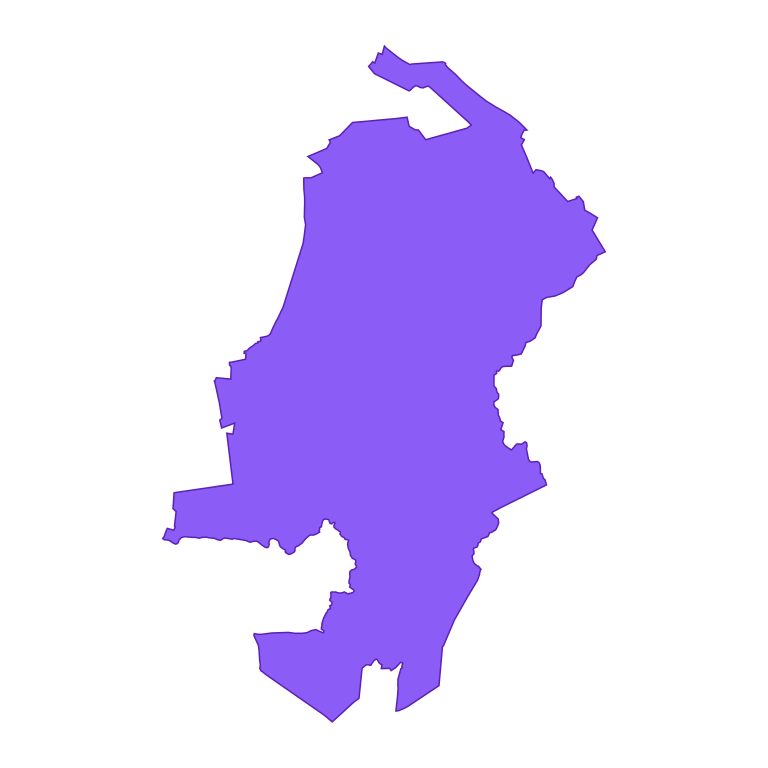 the district of Coroneo, Guanajuato, Mexico
{"feature_id": "50627088B99692357017309", "entity_name": "Coroneo", "entity_type": "district", "adm_level": 2, "iso_a3": "MEX", "parent_name": "Mexico", "parent_adm1": "Guanajuato", "projection": "albers", "projection_center": [-100.395, 20.217], "detail": "fine", "context": "isolated", "style": "filled", "palette": "violet", "viewbox_px": 768, "rotation_deg": 0, "n_neighbors": 0, "source": "geoboundaries", "source_scale": "gbopen_adm2", "svg_char_len": 6101}
<svg xmlns="http://www.w3.org/2000/svg" viewBox="0 0 768 768"><path d="M403.9,708.5L408.0,706.3L439.0,685.6L442.5,646.3L443.4,645.9L454.3,620.2L468.0,596.1L477.6,580.1L479.2,575.5L480.1,571.1L480.6,569.7L481.0,569.3L478.3,566.1L477.1,566.0L476.4,565.1L474.5,563.8L472.9,560.7L472.1,556.0L474.0,553.6L473.8,550.6L473.3,549.3L473.7,548.3L477.1,547.0L478.0,545.2L478.0,543.4L480.5,541.7L481.2,539.1L482.1,538.6L487.8,536.6L488.9,534.6L489.3,532.9L491.6,532.3L495.5,530.0L496.5,528.5L498.7,523.2L498.2,519.0L492.6,513.7L491.9,512.4L500.0,508.0L546.5,484.9L545.0,479.7L543.6,478.5L542.8,476.7L542.1,473.9L540.4,473.3L540.4,467.8L540.2,465.4L539.4,463.3L538.5,462.1L537.1,461.5L531.8,462.0L530.2,461.6L528.5,459.4L526.4,448.7L527.1,445.8L526.6,442.8L525.1,441.8L521.6,444.2L517.8,443.9L516.3,444.3L511.6,449.9L507.8,447.7L504.1,444.7L502.6,441.3L504.0,437.2L503.9,434.5L504.0,431.6L500.8,429.6L503.1,422.7L500.5,421.0L500.0,418.7L498.3,414.9L498.0,409.5L495.1,407.3L493.8,404.7L494.0,401.9L498.2,398.9L498.7,396.8L498.6,394.0L497.0,392.4L496.4,388.8L493.9,385.7L494.0,375.2L496.6,373.5L496.5,371.0L498.6,371.1L499.6,370.3L501.1,367.7L502.8,366.6L505.5,366.3L511.6,366.2L513.5,360.3L511.9,357.5L512.5,355.6L517.1,355.0L521.3,353.9L525.0,346.2L525.9,342.6L530.2,341.2L535.1,337.9L536.7,333.9L541.0,326.0L541.2,308.2L542.2,299.9L546.7,297.4L555.0,296.0L563.3,292.5L572.8,286.6L574.9,281.1L576.9,276.9L581.3,274.6L584.0,272.1L589.7,264.8L596.2,259.3L597.0,255.5L605.3,251.8L592.1,230.1L597.5,217.8L590.5,213.4L584.8,210.2L583.3,201.6L578.9,196.2L576.3,197.2L576.9,198.5L567.7,201.5L554.1,186.9L554.1,183.5L552.4,179.6L550.6,177.2L549.7,178.7L543.7,171.6L540.8,170.6L536.0,169.7L533.1,173.1L526.8,157.4L521.4,144.9L524.4,139.7L520.9,137.7L521.8,134.6L524.0,130.3L526.9,130.0L518.9,122.0L510.0,115.1L505.5,112.4L496.0,107.1L486.1,101.0L479.8,96.0L466.6,85.3L462.0,81.1L455.7,74.6L447.9,67.7L445.5,65.0L445.6,63.3L443.9,62.3L442.6,61.9L412.2,64.0L409.7,64.5L402.3,60.3L398.4,57.7L386.5,48.3L384.4,46.1L382.2,54.4L378.3,53.0L374.8,63.0L372.8,61.7L368.6,66.5L374.5,73.7L408.9,90.8L409.8,90.6L413.3,87.2L415.5,85.7L417.3,86.0L420.3,87.5L423.1,87.9L426.0,86.7L428.0,86.2L429.4,86.7L468.2,121.9L471.3,125.1L466.9,128.2L425.7,139.7L418.4,130.0L415.2,129.8L409.4,126.5L408.8,124.9L407.1,117.2L396.7,118.5L352.5,122.5L339.7,135.7L329.1,139.9L330.5,142.1L326.8,148.4L307.9,156.5L317.9,164.4L319.8,166.6L320.7,168.3L322.4,172.8L310.9,177.8L305.4,177.8L303.7,178.1L303.9,189.0L304.6,196.9L304.7,202.7L304.3,217.0L305.6,224.7L304.2,236.0L303.0,243.7L283.2,306.8L277.3,319.3L276.6,320.3L273.3,326.9L270.5,333.5L268.5,335.6L266.6,336.3L260.4,337.6L261.0,340.9L257.9,341.7L258.1,342.7L255.7,343.4L253.4,345.4L248.8,348.6L247.8,350.1L246.3,350.9L244.2,351.3L244.1,353.4L245.7,353.2L245.9,354.6L245.6,359.2L232.0,362.1L229.4,362.4L229.6,365.2L230.6,366.1L231.2,367.6L230.9,375.4L230.9,379.1L216.3,377.7L215.0,380.8L214.3,381.0L214.9,382.6L219.2,402.0L221.9,418.1L221.2,419.0L219.8,420.0L221.6,428.0L234.7,423.1L232.9,434.2L226.8,433.2L233.0,484.1L174.1,492.7L173.0,508.7L176.1,511.6L174.5,526.1L175.3,526.7L173.8,530.2L167.3,528.4L166.4,530.3L164.0,536.9L162.7,538.3L163.0,538.8L164.2,539.7L168.2,540.1L169.5,540.6L173.6,543.3L175.6,544.1L177.1,543.7L177.8,543.2L179.0,540.2L180.6,538.3L181.6,537.5L183.6,536.9L185.9,536.7L189.0,537.2L190.0,537.0L192.0,537.4L195.6,537.4L199.1,538.2L202.6,537.3L206.0,537.1L209.1,537.8L214.1,538.3L218.1,539.9L220.0,540.3L221.1,540.0L222.8,538.7L225.1,538.0L232.2,539.2L234.0,538.6L234.8,538.6L245.4,540.4L246.9,540.9L249.0,541.9L250.3,542.2L254.6,541.1L256.2,541.2L257.5,541.5L262.1,545.2L265.1,547.2L266.0,547.5L267.4,547.6L268.3,547.0L268.8,546.0L269.2,543.9L268.9,542.7L268.9,542.0L269.7,540.0L270.6,539.0L273.2,538.4L274.0,538.6L277.7,540.5L278.5,541.2L279.8,545.8L280.2,546.5L282.9,548.7L285.0,549.8L285.4,550.3L285.5,550.9L285.2,551.8L285.8,552.7L288.6,554.4L289.2,554.4L291.5,553.7L294.2,552.0L294.7,551.3L295.0,550.5L294.9,548.4L295.7,547.1L296.5,546.5L298.8,545.6L300.0,544.5L301.7,543.5L305.7,538.7L308.7,536.0L310.0,535.2L311.2,535.0L313.2,535.1L314.7,534.7L317.3,533.5L319.6,532.1L319.6,531.7L319.1,531.0L319.2,530.3L319.7,529.5L319.5,528.1L320.1,527.4L321.1,527.0L321.4,526.4L322.0,523.1L322.5,521.3L323.6,519.5L325.1,519.0L328.5,519.5L328.9,519.8L329.4,521.9L329.9,523.0L330.3,523.5L331.1,523.8L332.3,523.5L333.3,522.4L334.6,522.4L335.1,523.1L333.9,525.3L334.0,527.1L335.8,529.0L337.5,529.8L339.1,531.2L340.3,531.8L340.5,532.8L340.0,533.9L340.2,534.6L341.0,535.1L341.2,535.8L341.8,536.4L344.5,537.9L345.1,539.4L347.3,539.7L348.6,540.3L348.7,541.0L347.9,542.2L347.6,543.9L347.7,544.9L348.2,548.0L350.1,552.3L350.4,555.3L352.1,558.0L352.9,558.6L355.1,559.6L355.8,560.4L355.8,561.5L355.2,563.9L355.3,564.4L356.4,566.0L356.4,566.9L355.3,568.5L353.9,569.4L352.0,569.8L350.3,571.0L350.0,571.5L349.7,573.5L350.0,576.4L349.0,581.5L349.0,583.1L350.3,584.6L350.3,585.0L349.7,586.4L349.7,587.2L353.9,590.1L354.0,591.3L352.9,592.5L352.4,592.8L351.6,592.8L350.9,593.3L349.3,593.4L348.4,593.9L347.8,593.8L344.5,592.0L341.4,592.9L339.1,593.1L335.7,592.0L331.6,592.0L330.8,592.5L331.0,596.0L330.7,598.2L329.9,599.0L329.7,600.0L329.8,600.4L331.9,602.2L332.0,603.6L331.2,605.3L329.9,605.6L329.8,606.1L330.4,608.6L328.8,609.3L327.8,610.1L327.2,612.0L325.9,613.4L325.7,614.1L324.7,615.9L324.5,616.7L323.9,617.3L322.2,622.6L321.9,624.1L321.9,625.9L321.5,627.0L321.3,629.0L321.9,629.6L323.8,630.7L323.6,632.8L322.9,632.7L319.9,631.5L315.9,629.6L311.2,630.6L307.0,632.7L301.9,633.3L295.1,633.3L288.3,632.4L271.6,633.0L260.8,634.4L257.4,634.2L254.2,633.6L253.9,635.5L258.5,645.6L259.2,652.0L259.6,659.6L260.3,665.0L259.8,668.5L261.1,671.0L262.8,672.0L265.6,674.4L324.0,715.0L332.2,721.9L353.4,702.5L359.0,698.3L362.1,668.2L366.2,664.8L366.9,664.7L370.8,665.3L371.4,664.2L373.7,660.9L376.0,659.1L377.3,659.6L379.2,663.0L380.4,664.0L381.9,664.6L381.3,668.6L389.7,668.4L391.2,670.6L395.7,667.6L400.6,662.3L402.7,662.9L401.8,666.4L402.3,667.7L400.9,668.6L397.9,679.5L398.0,683.2L397.8,684.2L398.1,688.1L397.5,696.7L395.9,711.0L398.6,710.7L403.9,708.5Z" fill="#8b5cf6" stroke="#5b21b6" stroke-width="1.5"/></svg>